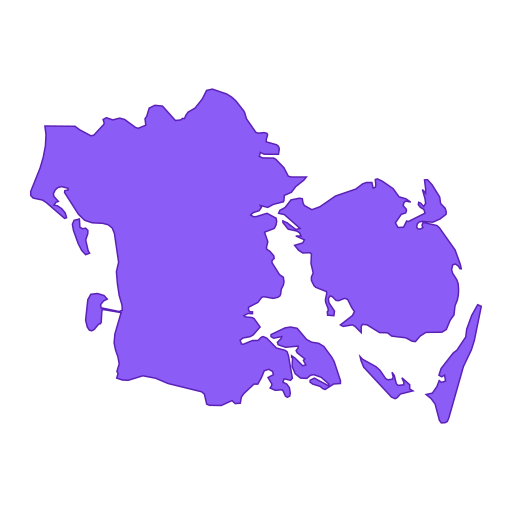 the border of Syddanmark
{"feature_id": "DNK-3417", "entity_name": "Syddanmark", "entity_type": "Region", "adm_level": 1, "iso_a3": "DNK", "parent_name": "Denmark", "parent_adm1": "", "projection": "albers", "projection_center": [9.703, 55.339], "detail": "fine", "context": "isolated", "style": "filled", "palette": "violet", "viewbox_px": 512, "rotation_deg": 0, "n_neighbors": 0, "source": "natural_earth", "source_scale": "10m", "svg_char_len": 6073}
<svg xmlns="http://www.w3.org/2000/svg" viewBox="0 0 512 512"><path d="M221.2,405.5L209.5,405.3L206.7,404.2L204.4,394.2L201.7,391.8L168.0,383.5L155.5,378.2L142.8,375.8L128.2,380.3L122.3,380.0L116.7,378.1L118.1,373.4L116.9,371.5L119.2,363.9L117.9,356.8L115.5,349.9L114.1,342.9L114.9,333.9L121.1,312.6L102.4,309.4L101.8,311.7L101.2,322.5L100.2,323.8L98.6,324.1L94.3,329.4L91.8,330.8L89.4,330.2L87.3,327.1L85.6,320.2L87.8,299.7L90.8,294.3L97.4,293.5L104.0,295.5L107.3,299.1L103.5,301.0L100.6,304.7L101.1,307.8L119.1,311.5L122.3,310.3L122.0,305.0L119.2,295.5L117.4,283.6L116.4,271.7L118.6,262.3L114.4,233.3L112.2,228.0L108.3,224.8L102.7,223.3L92.2,222.8L84.7,220.3L78.4,214.2L64.6,192.6L64.8,190.6L68.1,190.0L68.1,188.3L61.6,186.6L58.0,187.5L55.3,189.8L53.4,193.6L53.8,196.3L58.4,201.4L55.9,202.3L53.9,205.1L57.5,205.8L61.7,208.7L65.2,212.9L66.6,217.7L64.6,218.4L46.1,202.4L42.3,200.0L33.2,198.1L30.8,195.6L30.7,191.5L40.1,168.0L43.2,157.4L45.4,146.0L46.0,134.8L44.9,126.0L75.0,126.3L79.7,129.8L90.9,135.8L93.8,135.2L103.8,124.4L104.2,123.1L103.1,119.5L106.4,117.7L112.8,119.9L119.7,118.1L124.7,119.5L135.6,127.5L138.2,128.3L145.8,125.2L145.0,118.8L146.7,116.3L149.2,108.1L154.9,105.3L162.5,106.1L175.4,120.5L180.8,119.9L182.5,118.4L184.5,118.6L185.9,115.2L188.1,112.1L195.0,108.1L202.3,99.0L206.6,90.4L212.4,89.1L226.9,94.1L231.8,97.2L235.7,100.7L243.6,110.7L244.7,112.7L246.4,118.7L255.9,132.4L258.4,133.2L263.9,132.6L266.9,133.3L267.6,134.8L266.2,139.8L266.4,141.9L276.7,144.8L278.5,146.4L279.3,148.8L278.5,154.3L264.1,154.2L260.4,152.4L259.3,156.4L262.6,157.9L273.8,158.1L275.9,159.4L283.9,167.7L288.3,176.2L291.4,177.0L306.4,177.0L303.8,180.2L295.7,186.6L291.4,192.3L284.3,195.4L283.9,200.6L283.4,201.8L273.5,204.3L267.8,207.4L260.3,205.5L261.4,207.4L259.1,210.7L253.3,212.6L250.6,215.0L253.4,216.7L256.3,216.6L267.0,213.3L276.1,218.2L276.7,221.3L276.0,225.1L274.3,228.4L264.5,232.2L267.8,241.7L266.5,247.2L266.7,249.2L269.9,251.3L273.7,255.7L274.2,258.4L272.0,260.6L272.0,262.7L279.5,274.6L283.3,277.2L284.0,281.7L283.4,285.0L281.2,289.4L280.7,293.9L279.9,295.9L277.8,297.3L273.2,298.4L263.9,296.7L261.7,297.3L257.9,302.4L248.5,307.3L248.5,309.8L249.8,311.8L252.5,311.8L252.5,313.7L247.9,313.5L243.8,315.7L245.4,316.9L251.9,317.5L254.0,318.5L260.1,327.0L253.2,334.9L250.3,336.6L243.0,338.0L240.1,340.2L241.5,344.1L243.5,344.2L252.5,340.5L257.9,340.5L261.5,337.1L263.3,336.6L266.7,338.1L276.4,348.0L285.1,350.3L287.2,351.9L288.5,356.0L292.4,378.2L290.6,380.3L284.1,378.8L282.9,382.2L286.8,384.1L289.4,387.7L290.3,393.2L289.7,396.1L287.3,397.3L285.4,396.1L283.2,391.0L281.8,389.8L275.2,390.3L270.1,388.0L271.6,385.8L271.9,384.1L268.0,377.5L273.4,374.7L272.6,371.5L268.8,369.3L264.3,370.7L261.3,377.9L257.8,384.1L254.0,384.1L243.5,393.9L241.3,397.3L240.3,403.2L235.2,403.6L232.0,400.6L221.2,405.5ZM441.9,332.2L425.9,332.4L420.2,336.0L415.4,341.6L412.0,341.2L405.8,337.8L391.7,336.1L387.5,332.8L379.6,332.6L367.0,324.8L362.4,324.4L361.2,326.5L361.2,332.6L355.0,326.4L352.4,324.9L343.1,326.4L340.4,324.9L352.4,315.6L354.5,311.6L351.8,307.7L347.7,299.5L344.7,298.3L338.6,300.7L336.0,300.4L332.4,296.7L330.3,295.9L328.4,298.3L328.9,302.7L334.5,311.1L333.9,315.7L327.6,315.2L327.3,311.7L328.2,310.8L328.1,308.5L325.7,302.4L325.4,299.4L326.7,293.8L326.5,291.6L315.7,287.3L314.0,285.7L311.4,280.4L311.4,277.0L313.2,273.0L311.0,263.5L311.4,253.9L309.8,252.7L302.8,253.0L298.5,250.2L294.6,245.3L302.8,242.9L304.4,239.8L295.8,236.0L301.1,236.0L299.5,232.7L296.6,231.0L288.2,229.2L282.9,222.6L282.9,220.9L287.1,222.8L295.9,229.5L300.0,228.4L284.4,214.6L278.6,213.3L279.8,210.4L285.1,207.5L291.0,199.9L299.4,198.2L302.3,198.7L302.9,202.5L304.3,205.5L311.9,209.7L320.0,206.7L335.5,196.0L355.7,189.1L362.6,183.9L366.4,182.5L371.9,182.5L373.1,188.1L375.3,187.3L375.8,185.2L375.3,179.5L377.4,178.9L382.2,181.1L393.1,188.6L399.0,196.8L405.9,198.8L410.7,202.1L405.7,201.1L403.9,202.6L403.2,205.8L406.1,208.9L406.5,210.5L405.7,212.9L401.2,214.4L395.4,222.9L398.0,227.5L403.6,227.2L406.6,221.0L408.4,221.5L425.0,213.2L423.9,209.5L420.3,207.3L418.3,204.7L418.7,202.3L420.7,203.2L423.7,206.5L425.6,203.4L425.1,199.1L422.4,189.5L425.6,193.3L425.6,188.6L424.5,179.9L427.5,179.7L432.1,184.8L439.7,197.0L440.6,203.5L445.2,208.3L446.3,212.1L446.0,214.4L440.0,219.0L432.8,222.2L421.9,221.4L419.2,222.0L417.4,223.7L416.6,227.2L418.0,228.9L420.6,229.0L422.9,227.5L422.0,225.2L423.1,222.4L436.8,225.5L439.2,227.5L455.1,250.0L460.3,264.3L461.3,268.8L460.1,268.8L458.2,265.9L455.3,264.0L452.7,264.8L451.6,269.8L452.6,273.2L456.9,279.9L458.2,284.0L458.6,289.9L458.3,295.4L457.3,300.1L455.0,305.8L454.0,314.9L450.2,320.2L446.3,329.5L441.9,332.2ZM331.8,357.3L334.2,361.7L340.5,380.8L340.4,383.5L333.7,384.0L325.1,389.5L322.8,388.6L320.1,386.4L312.8,384.1L310.1,382.2L310.1,380.3L314.3,378.1L328.8,385.9L328.8,384.0L321.2,377.3L313.9,374.7L310.7,375.2L306.8,378.4L300.6,378.1L295.2,373.7L292.1,366.4L292.6,357.4L291.6,357.4L291.6,355.7L295.1,358.2L302.6,365.7L305.8,365.0L303.4,360.3L304.9,358.9L297.2,352.8L296.1,350.6L298.1,348.0L298.1,346.1L285.6,347.3L278.2,344.8L277.4,342.3L280.9,338.8L281.8,336.6L273.7,338.2L271.0,336.6L271.0,334.6L285.0,327.9L290.6,327.0L297.2,328.3L306.6,339.5L311.7,342.2L318.7,343.3L323.8,346.4L331.8,357.3ZM465.7,337.0L466.7,329.1L471.7,315.4L477.7,304.7L481.3,306.3L474.3,340.6L471.4,349.8L463.4,366.6L448.8,418.0L447.3,421.5L445.1,422.7L441.3,422.9L439.4,420.3L435.1,404.0L431.1,398.6L426.1,394.5L432.4,393.1L436.9,386.6L439.2,380.6L441.5,382.4L445.6,381.0L444.5,375.2L441.7,376.8L438.9,375.2L441.1,368.5L453.1,353.1L456.9,350.2L465.7,337.0ZM401.9,377.8L409.7,384.7L409.7,389.0L412.9,390.9L400.4,394.0L397.0,397.8L395.1,398.7L391.4,397.0L363.7,367.2L361.1,360.9L360.1,356.6L362.5,359.2L376.0,366.7L380.0,370.3L385.8,378.8L388.2,379.8L392.5,379.1L393.2,376.9L392.0,372.2L394.3,375.5L396.3,383.7L398.1,385.4L403.6,384.8L404.0,382.6L401.9,377.8ZM89.6,253.2L85.6,254.7L81.6,250.3L78.1,243.4L73.4,230.2L72.4,224.2L74.1,220.3L79.4,219.0L79.9,227.2L82.5,228.7L85.7,228.2L87.9,230.5L87.8,233.7L85.7,239.9L88.2,250.9L89.6,253.2Z" fill="#8b5cf6" stroke="#5b21b6" stroke-width="1.5"/></svg>